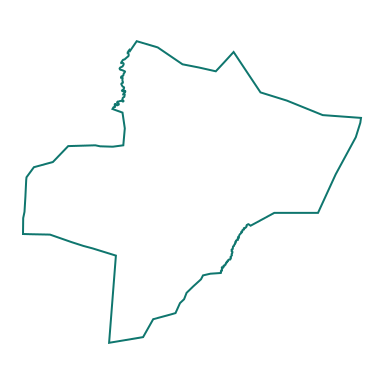 the district of O'ndor-Ulaan, Arhangay, Mongolia
{"feature_id": "93677404B74246674893710", "entity_name": "O'ndor-Ulaan", "entity_type": "district", "adm_level": 2, "iso_a3": "MNG", "parent_name": "Mongolia", "parent_adm1": "Arhangay", "projection": "orthographic", "projection_center": [100.716, 48.014], "detail": "fine", "context": "isolated", "style": "outline", "palette": "teal", "viewbox_px": 384, "rotation_deg": 0, "n_neighbors": 0, "source": "geoboundaries", "source_scale": "gbopen_adm2", "svg_char_len": 5554}
<svg xmlns="http://www.w3.org/2000/svg" viewBox="0 0 384 384"><path d="M143.1,337.1L153.2,319.2L170.6,314.5L175.5,313.1L180.0,303.1L184.1,299.2L186.6,292.8L193.1,286.5L201.0,279.3L203.0,275.4L210.4,273.7L220.8,273.0L221.0,272.8L221.0,272.6L220.9,272.1L221.0,271.7L220.9,271.4L220.9,271.1L221.0,270.9L221.3,270.8L221.6,270.8L221.9,270.7L222.0,270.5L222.0,270.3L221.7,269.7L221.8,269.5L221.8,269.2L222.1,268.9L222.1,268.6L222.3,268.4L222.5,268.2L222.3,268.0L222.1,268.0L221.9,267.9L221.8,267.5L221.9,267.3L222.1,267.3L222.4,267.3L222.6,267.2L223.0,267.2L223.3,267.1L223.2,266.8L223.3,266.6L223.5,266.3L223.5,266.1L223.9,266.0L223.8,265.8L223.9,265.6L224.3,265.6L224.4,265.4L224.6,265.2L224.8,265.2L225.0,265.1L225.2,264.7L225.4,264.6L225.6,264.5L225.6,264.3L225.6,264.0L225.7,263.7L226.1,263.4L226.0,263.0L226.2,262.6L226.4,262.4L226.6,262.2L226.9,262.1L227.0,262.1L227.0,261.5L227.1,261.4L227.3,261.4L227.5,261.5L228.0,261.1L228.0,260.5L228.2,260.1L228.6,259.8L229.0,259.6L229.3,259.4L229.6,259.4L229.9,259.6L230.0,259.6L230.3,259.4L230.4,259.2L230.5,258.8L230.8,258.4L230.9,258.2L230.9,257.9L230.8,257.6L230.6,257.4L230.5,257.2L230.6,256.9L230.8,256.8L231.0,256.8L231.1,256.7L231.1,256.4L231.6,255.6L231.9,255.3L231.9,255.1L231.6,254.4L231.6,254.1L232.1,253.5L232.2,252.8L232.4,252.5L232.4,252.2L232.4,251.9L232.0,251.7L231.7,251.3L231.6,251.1L231.6,250.8L231.9,250.4L232.0,250.0L231.8,249.8L231.7,249.6L231.9,249.4L232.3,249.5L232.5,249.4L232.6,249.1L232.7,248.8L232.8,248.5L232.8,248.1L232.9,247.9L232.9,247.4L232.9,247.1L233.0,246.7L233.2,246.3L233.5,246.1L233.8,246.0L234.0,245.9L234.1,245.5L234.2,245.1L234.3,244.7L234.9,244.2L235.0,244.0L235.0,243.9L234.9,243.5L235.1,243.0L235.2,242.8L235.4,242.7L235.3,242.3L235.3,242.1L235.5,242.0L235.8,242.2L235.9,241.9L236.1,241.5L236.1,241.4L235.9,241.3L235.8,241.2L235.9,240.9L236.3,240.6L236.4,240.3L236.6,240.2L237.0,240.1L237.1,239.9L237.4,239.8L237.6,239.8L237.8,239.8L237.8,239.7L237.7,239.6L237.8,239.3L238.2,238.9L238.3,238.7L237.8,238.8L237.7,238.7L237.8,238.3L238.4,238.3L238.5,238.2L238.2,237.5L238.1,237.4L238.2,237.2L238.3,236.7L238.5,236.6L238.9,236.7L239.0,236.2L239.2,235.8L239.4,235.0L239.6,234.6L239.9,234.3L240.1,234.0L240.8,233.5L241.2,233.0L241.2,232.8L241.1,232.3L241.2,232.1L241.3,231.9L241.5,231.9L241.9,232.1L242.0,232.1L242.1,231.8L242.2,231.4L242.3,231.1L242.4,230.9L242.3,230.7L242.3,230.4L242.8,230.1L242.9,229.9L243.0,229.7L243.3,229.6L243.5,229.4L243.9,229.5L244.0,229.4L244.1,229.2L244.0,228.8L244.2,228.6L244.2,228.4L243.9,228.3L243.9,228.2L244.0,228.1L244.4,228.1L244.5,228.0L244.7,227.9L244.9,228.0L245.1,228.0L245.2,227.9L245.3,227.8L245.5,227.6L245.7,227.4L245.9,227.4L246.1,227.2L246.2,226.9L246.5,226.6L246.6,226.3L246.5,226.0L246.5,225.8L246.5,225.6L246.7,225.2L246.8,225.0L247.5,224.7L248.0,224.3L248.2,224.2L248.4,224.2L248.5,224.2L250.6,225.7L274.2,212.9L318.0,212.9L335.7,174.3L355.8,137.2L360.3,122.8L361.0,117.9L322.7,115.1L286.9,100.6L260.5,92.4L246.1,70.8L233.6,52.0L224.0,62.5L215.8,71.3L198.9,67.5L182.5,64.3L157.7,47.4L136.7,41.2L130.0,51.0L129.4,49.9L128.5,51.0L128.2,51.8L127.7,52.3L127.7,53.0L128.2,52.9L128.6,54.2L128.7,54.9L128.6,55.5L128.4,56.1L128.0,56.5L127.6,56.8L127.0,57.3L126.5,57.7L125.8,58.4L125.5,58.5L124.8,59.3L124.3,59.5L123.7,59.6L123.4,59.8L123.2,59.8L122.7,60.2L122.4,60.7L121.7,61.8L121.3,62.3L121.1,62.9L121.3,63.1L122.0,62.9L122.6,62.8L123.0,63.0L123.3,63.2L123.6,63.6L123.6,64.1L123.6,64.6L123.4,65.0L123.0,65.6L122.6,66.4L121.7,66.9L120.9,67.2L120.2,67.6L119.8,68.1L119.6,68.6L119.9,69.3L120.2,69.6L120.7,69.8L121.0,69.9L121.5,69.9L121.8,70.0L122.2,70.2L122.3,70.3L123.0,70.5L123.5,70.7L123.9,70.9L124.8,71.3L125.0,71.7L124.6,72.5L124.2,72.9L123.9,73.4L123.6,73.9L123.4,75.0L123.3,75.4L123.0,75.8L122.5,76.0L121.8,76.3L121.3,76.6L121.2,76.9L121.0,77.5L121.1,77.8L121.4,77.8L121.8,77.7L122.2,77.6L122.4,77.7L122.6,77.9L122.6,78.2L122.6,78.7L122.4,79.1L122.4,79.7L122.4,80.1L122.5,80.7L122.6,81.3L122.8,81.7L122.9,82.1L122.9,82.4L122.8,82.8L122.4,83.0L121.7,83.3L121.5,83.6L121.3,84.0L121.4,84.4L121.5,84.6L122.1,85.6L122.4,86.2L122.6,86.4L122.8,86.6L123.4,86.9L123.8,87.1L124.0,87.4L124.1,87.8L124.0,88.2L123.8,88.8L123.5,89.3L123.2,89.6L122.5,89.9L122.3,90.2L122.0,90.7L122.3,91.1L122.9,91.2L123.4,91.3L123.7,91.1L124.2,91.0L124.6,90.8L124.8,90.9L125.2,91.0L125.3,91.3L125.2,91.8L125.1,92.2L124.8,92.6L124.5,92.9L123.9,93.3L123.6,93.5L123.3,94.3L123.9,94.3L124.3,94.5L124.4,94.4L124.7,94.6L124.7,94.9L124.6,95.2L124.5,95.5L124.5,95.8L124.4,96.4L124.3,96.8L124.1,97.0L123.8,97.1L123.4,97.3L123.1,97.6L122.7,98.1L122.6,98.7L122.5,99.2L122.3,99.7L122.5,100.0L123.2,100.6L123.3,100.7L123.5,101.0L123.4,101.3L123.1,101.5L122.8,101.5L122.1,101.1L121.6,100.9L121.0,100.9L120.3,101.0L119.8,101.1L119.4,101.3L118.9,101.5L117.7,101.6L117.4,101.9L117.2,102.2L117.1,102.4L117.2,102.7L117.3,102.8L117.6,103.1L118.1,103.4L118.7,103.8L118.8,104.1L118.8,104.3L118.7,104.6L118.3,104.8L117.6,105.2L117.2,105.3L116.9,105.3L116.7,105.2L116.4,104.8L116.3,104.7L115.9,104.8L115.7,104.8L115.5,104.7L115.3,104.0L115.2,104.0L114.9,104.1L114.8,104.3L114.7,104.7L114.7,105.1L114.8,105.4L114.8,105.8L114.9,106.1L115.0,106.5L115.0,106.9L114.8,107.0L114.6,107.1L114.0,107.1L113.8,107.1L113.6,107.2L113.3,107.5L113.1,107.9L112.5,109.0L122.5,112.6L124.8,128.4L123.3,145.3L112.8,146.7L100.1,146.3L95.3,145.3L68.2,146.1L52.9,162.0L33.9,167.2L26.5,177.3L26.2,180.1L25.6,192.5L25.4,196.8L24.5,211.8L23.2,218.1L23.0,234.0L30.2,234.2L50.0,234.6L71.5,242.1L83.3,245.9L92.6,248.4L115.9,255.6L109.1,342.8L143.1,337.1Z" fill="none" stroke="#0f766e" stroke-width="2"/></svg>